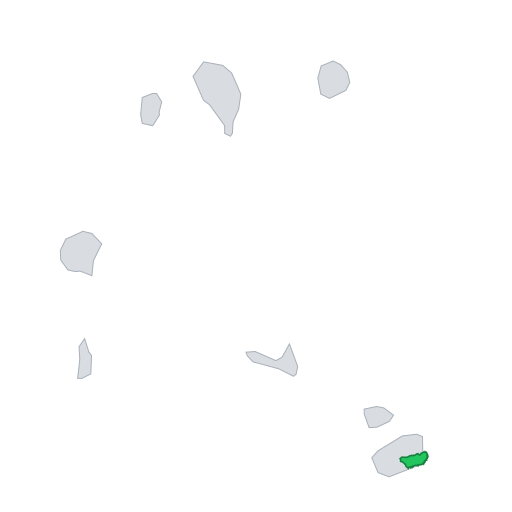 Santo Andre, Porto Novo, Cabo Verde (highlighted), rotated 187°
{"feature_id": "66160863B70751634637165", "entity_name": "Santo Andre", "entity_type": "district", "adm_level": 2, "iso_a3": "CPV", "parent_name": "Cabo Verde", "parent_adm1": "Porto Novo", "projection": "natural_earth1", "projection_center": [-25.312, 17.075], "detail": "fine", "context": "in_parent", "style": "filled", "palette": "green", "viewbox_px": 512, "rotation_deg": 187, "n_neighbors": 0, "source": "geoboundaries", "source_scale": "gbopen_adm2", "svg_char_len": 4474}
<svg xmlns="http://www.w3.org/2000/svg" viewBox="0 0 512 512"><g transform="rotate(187 256 256)"><path d="M340.4,426.6L331.7,442.3L312.3,441.1L302.4,434.6L290.8,414.8L291.1,399.6L295.1,386.4L294.4,374.9L296.0,371.8L302.0,373.8L303.0,381.6L320.6,400.5L327.1,404.2L340.4,426.6ZM88.9,95.2L74.7,98.7L68.8,97.1L66.8,83.4L63.9,74.5L64.6,70.5L97.1,53.0L108.5,55.9L116.5,69.9L111.1,77.6L88.9,95.2ZM416.5,216.5L428.7,219.6L433.3,218.5L441.0,219.2L449.3,228.2L450.9,237.7L446.8,249.6L430.8,259.4L421.6,258.3L410.6,249.3L416.8,231.7L416.5,216.5ZM214.5,452.5L203.2,459.0L195.3,456.2L187.7,449.5L184.1,439.7L187.0,431.3L202.3,421.4L211.4,424.6L216.3,440.0L214.5,452.5ZM246.2,150.6L252.2,155.7L254.2,159.3L245.3,161.1L223.6,154.6L217.9,158.6L212.1,172.8L201.1,151.3L201.8,143.5L204.2,141.2L219.6,146.8L246.2,150.6ZM378.6,404.6L374.5,405.2L368.4,397.5L369.7,386.9L369.0,384.1L374.4,372.7L385.0,373.7L387.7,382.1L388.2,399.5L378.6,404.6ZM130.0,117.2L118.1,121.3L110.7,120.8L100.1,114.7L103.4,108.2L114.9,100.9L122.8,99.4L129.3,112.3L130.0,117.2ZM420.6,144.4L416.0,153.1L410.2,140.3L407.1,137.2L405.6,118.8L414.0,113.3L418.1,112.8L418.3,131.9L420.6,144.4Z" fill="#d9dde1" stroke="#a8b0b8" stroke-width="1"/><path d="M88.4,72.4L88.2,72.2L88.0,71.8L87.7,71.7L87.6,71.2L87.6,70.8L87.6,70.3L87.6,70.0L87.5,69.8L87.3,69.7L87.2,69.6L86.5,69.6L86.4,69.7L86.0,69.5L85.9,69.6L85.7,69.5L85.0,69.1L84.9,69.0L84.7,69.1L84.1,68.8L83.9,68.4L83.7,68.2L83.4,67.9L83.2,67.8L83.1,67.7L82.9,67.6L82.6,67.8L82.4,67.6L82.2,67.3L82.2,66.9L82.1,66.7L81.8,66.1L81.5,65.7L81.4,65.5L81.3,65.3L81.0,65.1L80.8,65.1L80.7,65.0L80.5,64.8L80.3,64.8L79.7,64.1L79.4,64.2L79.2,64.3L79.0,64.1L79.0,64.4L78.8,64.5L78.7,64.7L78.6,64.8L78.3,65.0L78.2,65.0L77.8,65.3L77.5,65.4L77.4,65.4L77.0,65.4L76.9,65.4L76.7,65.4L76.6,65.2L76.5,65.3L76.5,65.2L76.5,65.3L76.5,65.2L76.4,65.3L76.2,65.5L76.1,65.4L76.1,65.2L76.0,65.3L75.9,65.3L75.7,65.2L75.7,65.3L75.7,65.5L75.3,65.9L75.0,65.8L74.9,65.9L74.8,65.7L74.8,65.9L74.6,65.8L74.5,66.0L74.4,66.1L74.4,66.3L74.2,66.4L74.3,66.6L74.2,66.6L73.9,66.7L73.8,66.8L73.6,66.9L73.5,67.0L73.1,67.4L72.5,67.6L71.9,67.7L71.3,67.6L71.2,67.6L70.7,67.7L70.4,67.6L70.2,67.5L69.9,67.7L69.8,67.8L69.8,67.7L69.8,67.8L69.7,67.8L69.7,68.0L69.6,67.9L69.6,68.1L69.4,68.2L69.2,68.3L68.7,68.5L68.6,68.3L68.6,68.6L68.4,68.7L68.2,68.7L68.1,68.8L67.6,68.9L67.3,68.8L67.2,68.8L66.9,68.9L67.0,69.0L66.9,69.0L66.7,69.0L66.3,69.5L65.9,69.6L65.7,69.5L65.3,69.8L65.2,70.1L64.8,70.2L64.7,70.2L64.6,70.3L64.5,70.2L64.5,70.3L64.3,70.2L64.4,70.3L64.5,70.4L64.5,70.5L64.4,70.5L64.6,70.8L64.4,71.0L64.5,71.2L64.5,71.3L64.4,71.5L64.2,71.6L64.1,71.8L64.0,71.7L64.0,71.8L64.0,71.7L63.9,71.7L63.8,71.8L63.7,71.8L63.5,71.7L63.4,71.8L63.6,71.9L63.6,72.1L63.6,72.3L63.8,72.7L63.7,73.1L63.4,73.1L63.5,73.3L63.4,73.4L63.2,73.4L63.1,73.5L62.9,73.9L62.7,73.8L62.6,73.7L62.5,73.8L62.4,73.9L62.4,74.1L62.2,74.1L62.3,74.2L62.4,74.4L62.2,74.4L62.2,74.6L62.1,74.9L62.1,75.0L62.1,75.3L61.8,75.3L61.6,75.6L61.4,75.7L61.4,75.8L61.6,75.9L61.7,76.0L61.7,76.3L61.5,76.5L61.3,76.6L61.1,76.8L61.1,77.0L61.4,77.3L61.3,77.5L61.5,77.7L61.4,77.8L61.1,77.9L61.3,78.1L61.1,78.1L61.2,78.4L61.2,78.6L61.2,78.8L61.3,78.9L61.3,79.1L61.2,79.1L61.4,79.2L61.3,79.3L61.4,79.5L61.5,79.6L61.7,79.8L61.8,79.9L61.9,80.0L62.0,80.1L61.9,80.2L62.0,80.3L62.0,80.2L62.1,80.3L62.2,80.7L62.2,80.8L62.3,81.0L62.3,80.9L62.3,81.0L62.4,81.3L62.4,81.2L62.5,81.4L62.4,81.4L62.6,81.5L62.8,81.7L62.8,81.9L63.1,82.0L63.3,82.1L63.5,82.1L63.8,82.1L64.0,82.2L64.3,82.3L64.3,82.2L64.4,82.3L64.5,82.4L64.6,82.2L64.9,81.8L65.4,81.6L65.5,81.6L65.9,81.8L66.0,81.7L66.4,81.3L66.9,81.1L67.1,80.9L67.3,80.8L67.3,80.7L67.7,80.5L67.7,80.4L68.0,80.3L68.0,80.1L68.5,79.7L68.8,79.3L68.9,79.0L69.0,78.5L69.4,78.4L69.9,78.5L70.1,78.7L70.2,78.8L70.4,78.8L70.8,79.0L71.0,79.1L71.1,79.3L71.3,79.4L71.3,79.5L71.7,79.3L71.8,79.2L72.0,79.3L72.1,79.1L72.5,79.0L72.6,78.8L72.8,78.8L73.0,78.6L73.2,78.4L73.4,78.0L73.6,77.8L74.2,77.4L74.7,77.3L74.9,77.4L75.1,77.6L75.4,77.4L75.6,77.0L75.8,76.9L76.2,77.1L76.7,77.1L77.1,77.2L77.4,77.1L77.6,76.8L77.8,76.8L77.9,76.6L78.4,76.6L78.6,76.4L78.8,76.3L78.9,76.2L79.2,76.3L79.6,76.2L79.8,75.8L80.3,75.3L80.7,75.2L80.9,75.1L80.9,74.9L81.1,74.7L81.3,74.7L81.6,74.8L81.9,74.5L82.1,74.4L82.3,74.5L82.6,74.5L82.7,74.4L83.2,74.4L83.3,74.5L83.5,74.5L83.9,74.3L84.2,74.3L84.5,74.2L84.6,74.3L85.3,74.2L85.6,74.2L85.8,74.3L86.0,74.3L86.4,74.3L86.8,74.0L87.3,73.8L87.4,73.7L87.5,73.2L87.7,72.9L88.0,72.6L88.4,72.5L88.4,72.4Z" fill="#22c55e" stroke="#15803d" stroke-width="1.5"/></g></svg>